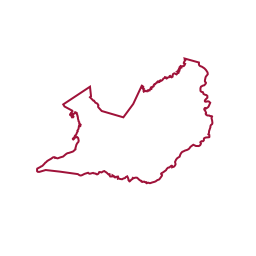 Santa Cruz de Yojoa, Cortés, Honduras (Equal Earth projection), rotated 49°
{"feature_id": "27666195B60496786118463", "entity_name": "Santa Cruz de Yojoa", "entity_type": "district", "adm_level": 2, "iso_a3": "HND", "parent_name": "Honduras", "parent_adm1": "Cortés", "projection": "equal_earth", "projection_center": [-87.884, 14.996], "detail": "fine", "context": "isolated", "style": "outline", "palette": "rose", "viewbox_px": 256, "rotation_deg": 49, "n_neighbors": 0, "source": "geoboundaries", "source_scale": "gbopen_adm2", "svg_char_len": 5771}
<svg xmlns="http://www.w3.org/2000/svg" viewBox="0 0 256 256"><g transform="rotate(49 128 128)"><path d="M99.1,223.1L99.5,223.7L100.9,224.9L101.7,224.9L102.2,224.5L103.0,223.6L105.7,217.7L116.4,207.9L129.9,196.1L131.8,195.6L132.9,194.8L133.4,193.7L134.1,190.9L135.6,187.5L136.8,187.3L137.5,186.8L139.0,183.8L139.7,183.6L140.6,182.7L141.2,182.6L141.8,182.0L142.4,182.0L142.7,181.8L143.0,180.9L143.0,180.0L142.4,178.8L142.4,178.6L142.9,178.0L144.2,177.1L144.5,175.1L145.0,174.1L145.8,174.0L146.4,173.7L147.2,173.6L147.7,173.4L150.1,173.2L150.4,173.1L150.5,172.4L150.8,172.2L151.7,173.0L152.9,173.2L154.2,171.7L154.2,171.2L153.6,170.7L155.8,170.0L156.1,170.5L156.7,170.3L157.0,169.9L157.5,168.2L158.1,167.4L158.5,167.6L159.0,168.1L159.4,168.9L159.6,169.0L160.0,168.0L161.2,167.5L162.8,166.1L163.1,164.5L163.8,163.2L163.6,161.9L164.0,160.3L165.6,160.7L167.0,161.3L167.5,161.8L168.3,161.6L169.0,162.0L169.3,161.9L169.4,161.5L169.2,159.3L169.4,158.2L168.9,157.5L168.8,157.0L169.6,156.7L170.3,155.0L171.3,153.9L172.1,153.7L175.1,153.4L176.7,152.6L177.1,153.0L177.6,152.9L178.2,152.5L179.0,151.0L179.7,150.9L180.7,149.9L181.4,150.3L182.0,150.1L182.3,148.8L184.0,147.7L184.3,147.2L184.9,145.6L186.0,143.3L186.4,142.2L186.6,139.9L187.2,138.6L187.2,137.6L186.4,134.1L185.8,133.1L184.8,133.2L184.3,133.1L184.1,132.4L184.5,130.5L184.8,127.0L184.3,125.6L184.2,124.2L184.3,123.6L184.9,122.6L184.9,120.5L185.0,119.9L185.4,119.6L186.0,119.8L186.6,120.4L187.3,118.8L187.3,118.0L186.8,116.2L186.3,115.7L184.5,114.8L183.4,112.4L183.1,110.6L183.5,107.8L182.7,106.6L181.9,104.8L181.7,103.8L181.6,102.6L182.0,101.6L182.4,99.8L183.3,97.8L183.6,96.6L183.7,95.4L183.2,93.2L183.4,90.5L183.5,89.7L186.2,88.5L187.9,86.6L188.2,86.0L188.3,84.7L187.7,83.3L187.4,83.0L186.4,82.9L186.1,82.5L186.2,81.2L187.1,80.2L187.2,79.6L186.9,78.6L186.0,77.9L185.7,77.3L186.0,76.0L186.5,75.1L188.0,73.1L188.2,72.7L188.1,72.4L186.6,71.2L185.5,71.5L184.9,70.2L183.5,68.8L181.5,65.3L180.9,64.8L180.4,64.1L180.2,63.5L180.2,61.9L179.6,61.0L177.7,59.7L175.2,58.4L174.5,57.0L174.1,57.0L172.8,58.2L171.9,58.5L170.6,59.9L169.1,60.3L168.3,60.1L168.2,59.5L167.6,59.0L165.4,58.4L164.3,58.4L163.9,58.2L163.5,57.6L163.4,56.7L163.6,56.5L164.3,56.6L164.5,56.4L164.8,54.0L164.7,53.2L162.9,49.4L161.5,49.5L160.8,49.7L159.9,50.7L159.3,52.0L158.4,52.5L157.8,52.1L157.4,51.1L157.2,48.2L155.9,47.1L154.6,47.2L153.7,47.9L152.1,48.6L151.5,48.6L150.6,48.1L150.0,48.0L149.0,48.8L148.1,49.0L147.5,48.9L146.0,47.7L145.4,47.1L144.7,45.8L145.1,43.8L145.8,42.4L145.6,40.8L145.4,40.0L144.8,39.4L143.5,39.5L142.5,38.7L140.7,36.3L140.3,35.5L139.8,32.6L139.2,32.1L138.2,31.5L135.4,31.1L133.1,31.2L130.6,31.9L129.8,32.2L128.7,32.9L127.5,33.1L126.6,32.8L125.1,31.5L112.7,39.7L113.5,40.1L114.3,39.6L114.3,39.9L114.1,40.5L114.5,40.6L114.8,42.0L115.1,42.3L115.4,43.1L115.6,43.3L116.0,43.1L116.4,43.4L117.1,42.9L117.2,43.1L117.1,43.5L117.5,43.7L117.5,43.9L117.8,44.8L117.8,45.4L117.2,46.1L117.1,46.7L116.5,47.1L116.9,47.5L115.8,47.8L116.0,48.3L115.9,48.9L116.4,49.2L117.0,48.6L117.3,48.7L117.3,49.4L116.8,49.6L116.6,50.2L117.2,50.3L117.0,50.7L117.1,51.2L117.7,50.9L117.8,51.0L117.7,52.5L118.3,51.7L118.6,51.7L118.7,52.4L118.2,52.6L118.2,54.0L118.4,54.2L118.6,54.2L118.8,53.4L119.3,53.3L119.5,53.5L119.5,53.8L119.0,54.0L118.9,54.3L119.3,55.5L119.4,56.2L118.6,56.6L117.4,56.9L117.1,57.3L117.0,57.6L116.9,58.8L117.3,59.2L117.7,60.1L118.5,60.6L118.4,61.8L117.8,62.0L116.3,62.0L116.2,62.3L116.9,62.7L117.0,63.1L116.2,64.2L116.0,66.4L115.5,66.6L114.6,66.8L114.5,66.6L115.1,66.4L115.0,66.2L114.8,66.1L113.9,66.7L114.3,67.3L113.9,68.9L114.2,69.8L114.4,70.8L114.2,71.8L113.6,72.1L114.0,72.5L113.9,73.2L113.6,73.5L113.1,73.4L113.0,73.7L113.0,73.9L113.6,74.4L113.2,74.8L113.1,75.7L113.0,75.8L112.7,75.3L112.4,75.3L112.7,78.7L112.7,79.1L112.3,79.2L112.3,79.5L112.4,80.2L113.3,81.2L113.0,81.7L113.3,82.6L112.7,83.1L112.6,83.5L113.1,83.4L113.3,83.6L113.3,84.1L112.8,84.2L112.8,84.5L113.8,85.0L113.3,85.7L113.8,87.0L113.6,87.1L113.2,86.8L113.2,87.8L113.0,87.6L112.9,88.0L112.5,88.4L112.4,89.9L112.0,90.3L111.4,90.5L111.0,91.9L110.7,91.6L110.2,91.9L109.8,91.3L109.0,91.1L109.0,90.6L108.3,90.8L108.3,90.3L107.9,90.3L107.5,90.7L107.2,90.8L107.1,90.5L107.0,89.6L106.9,89.5L106.5,89.8L105.7,89.5L105.1,89.8L113.3,108.3L116.9,124.5L97.9,136.7L92.8,136.8L92.6,136.6L91.8,136.2L91.4,135.4L90.3,135.3L89.6,135.1L87.4,136.0L85.1,135.7L84.9,135.8L84.7,136.2L79.8,136.5L79.8,135.1L71.9,129.6L67.7,161.4L70.1,161.8L78.4,158.7L78.9,158.9L79.1,159.9L79.2,161.0L79.5,161.1L79.7,160.8L80.3,161.2L80.4,160.7L80.9,160.5L81.2,160.2L81.5,160.3L81.7,160.0L81.9,158.9L82.2,157.9L82.0,157.6L81.5,157.8L81.4,157.5L82.9,156.8L84.0,157.5L84.3,157.4L84.6,157.7L86.0,158.2L86.3,158.6L86.9,158.7L88.2,159.7L90.0,160.5L90.5,160.9L91.7,161.0L92.5,161.8L93.2,161.9L93.9,162.2L94.0,161.6L94.5,161.6L94.8,162.3L95.3,162.8L95.3,163.0L95.1,163.2L94.1,162.6L93.9,162.7L93.9,163.1L94.7,164.2L96.1,165.8L96.5,166.7L96.8,167.9L97.6,168.2L97.8,169.2L99.1,171.7L99.0,172.9L99.3,173.7L100.0,174.2L100.5,174.1L100.9,173.7L101.2,172.5L101.5,172.3L102.4,172.2L103.1,172.3L105.3,173.6L106.0,174.7L106.1,176.0L106.7,177.8L109.0,181.3L109.2,181.5L109.4,181.4L109.7,181.7L109.6,182.9L109.7,184.2L109.6,185.1L108.0,189.0L107.5,189.8L107.1,191.0L107.0,192.5L107.0,195.7L105.7,198.5L104.8,200.9L104.3,201.4L103.4,201.8L102.8,202.7L102.1,202.4L101.9,202.5L101.0,203.7L100.7,206.6L100.5,207.1L100.5,207.8L100.2,208.8L99.9,211.0L100.1,212.1L99.9,213.2L100.1,214.1L100.4,217.2L100.2,218.6L99.9,219.1L99.9,219.8L99.1,223.1ZM83.2,163.3L83.9,162.5L83.8,161.9L83.6,161.6L81.9,161.3L80.1,161.8L79.7,162.0L79.6,162.3L79.7,162.8L80.3,163.1L80.7,162.8L82.0,162.9L83.2,163.3ZM100.6,176.9L100.8,176.8L100.8,176.0L100.5,175.0L100.2,174.8L99.8,175.2L99.9,176.6L100.0,176.8L100.6,176.9Z" fill="none" stroke="#9f1239" stroke-width="2"/></g></svg>